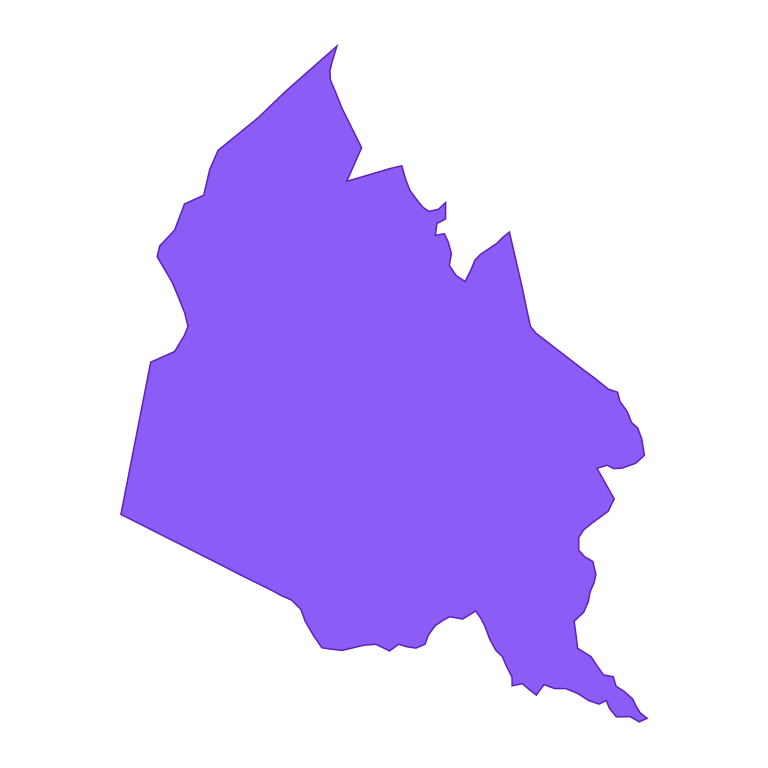 Capoeiras, Pernambuco, Brazil (Natural Earth projection)
{"feature_id": "56859067B97544685328252", "entity_name": "Capoeiras", "entity_type": "district", "adm_level": 2, "iso_a3": "BRA", "parent_name": "Brazil", "parent_adm1": "Pernambuco", "projection": "natural_earth1", "projection_center": [-36.564, -8.678], "detail": "fine", "context": "isolated", "style": "filled", "palette": "violet", "viewbox_px": 768, "rotation_deg": 0, "n_neighbors": 0, "source": "geoboundaries", "source_scale": "gbopen_adm2", "svg_char_len": 1830}
<svg xmlns="http://www.w3.org/2000/svg" viewBox="0 0 768 768"><path d="M512.1,685.8L522.3,683.7L529.5,689.8L536.3,695.1L544.0,684.6L554.7,688.6L565.7,688.6L577.6,693.4L588.6,700.5L599.0,704.1L606.2,700.5L609.6,708.6L616.4,716.9L630.0,716.6L639.3,721.9L647.1,718.3L640.2,712.9L636.1,706.2L632.5,698.8L623.9,691.2L616.1,686.3L613.2,676.7L603.5,674.9L597.1,665.9L591.0,656.6L577.6,648.3L576.2,636.2L574.2,621.2L583.7,612.2L588.3,601.7L590.1,591.8L594.0,583.0L595.9,574.6L592.8,561.4L584.8,556.9L578.7,550.2L578.8,537.4L583.7,529.8L592.5,522.7L608.1,511.3L614.2,498.9L597.0,468.3L607.1,465.2L613.8,468.6L622.2,468.1L635.6,463.3L644.4,455.3L641.7,438.6L637.6,427.9L631.5,422.5L627.2,411.5L620.0,401.6L617.6,392.3L608.4,389.2L593.7,377.4L583.4,369.8L535.6,332.9L530.4,326.3L527.2,311.6L522.3,287.8L509.4,232.0L502.4,237.7L496.8,243.4L480.4,254.4L474.9,260.3L471.5,268.6L465.1,281.5L456.3,275.7L449.3,265.5L451.4,253.6L448.3,242.2L444.4,233.7L435.4,235.4L436.9,223.5L445.6,219.0L445.6,202.6L438.6,209.2L429.1,211.4L423.0,207.4L416.6,199.5L409.8,190.2L405.6,179.1L401.8,165.8L389.9,168.6L346.8,181.3L361.6,147.7L341.8,107.8L335.0,90.8L330.4,79.8L329.9,71.0L331.9,62.5L336.9,46.1L285.6,91.3L258.3,117.6L218.1,150.3L209.8,169.3L203.7,195.2L184.5,204.0L174.6,230.1L159.7,246.0L157.2,256.7L172.1,282.1L178.2,296.6L184.6,312.6L188.0,326.3L184.3,335.6L174.6,351.5L150.7,362.2L131.6,459.7L120.9,514.4L214.0,561.4L240.8,575.1L273.2,591.1L281.1,595.5L291.9,600.3L301.0,609.6L305.3,621.5L313.6,635.7L321.9,647.8L331.5,649.2L342.2,650.4L364.0,645.2L375.8,644.3L389.6,650.9L398.7,644.2L407.0,646.8L415.9,648.1L425.0,644.3L428.4,635.0L435.2,625.7L443.0,620.3L449.8,616.7L462.7,619.0L475.7,611.0L480.7,618.1L484.6,625.5L489.8,639.3L495.9,650.4L502.4,656.6L505.8,664.7L512.1,677.5L512.1,685.8Z" fill="#8b5cf6" stroke="#5b21b6" stroke-width="1.5"/></svg>